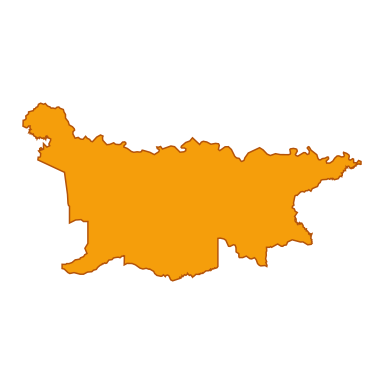 outline of Lago Agrio, Sucumbios, Ecuador
{"feature_id": "8360857B32687179357863", "entity_name": "Lago Agrio", "entity_type": "district", "adm_level": 2, "iso_a3": "ECU", "parent_name": "Ecuador", "parent_adm1": "Sucumbios", "projection": "mercator", "projection_center": [-76.699, 0.129], "detail": "fine", "context": "isolated", "style": "filled", "palette": "amber", "viewbox_px": 384, "rotation_deg": 0, "n_neighbors": 0, "source": "geoboundaries", "source_scale": "gbopen_adm2", "svg_char_len": 5992}
<svg xmlns="http://www.w3.org/2000/svg" viewBox="0 0 384 384"><path d="M62.1,268.5L64.3,269.1L68.0,272.6L69.8,273.5L74.0,272.6L80.1,274.2L83.5,274.2L87.5,272.1L91.8,271.7L93.5,270.2L96.3,269.4L97.7,267.4L100.1,265.3L102.0,264.5L102.4,263.6L103.4,263.8L104.7,262.9L105.8,263.4L106.8,263.0L108.8,260.1L112.0,259.6L113.5,258.0L115.7,257.5L118.2,257.2L120.1,257.7L122.0,256.1L124.0,256.2L123.9,255.8L124.4,255.9L124.2,264.9L127.0,263.4L132.1,263.5L135.4,264.8L140.0,268.1L142.9,269.0L146.2,268.3L149.2,269.3L149.7,269.0L153.7,271.4L154.7,273.5L156.9,275.4L161.0,276.3L162.0,276.1L163.4,274.8L165.3,276.6L165.9,275.5L167.6,275.0L169.0,276.0L170.7,279.8L172.7,280.8L179.7,278.5L179.7,277.9L180.3,278.0L180.1,277.5L181.0,277.8L181.3,276.9L182.2,276.7L182.1,275.8L183.0,276.5L184.5,274.7L185.9,275.3L187.4,274.1L187.5,273.4L189.3,275.4L190.7,274.9L192.3,276.9L192.4,276.4L193.3,276.7L196.0,274.3L199.2,274.4L199.3,273.9L199.9,274.2L200.4,273.4L201.8,273.5L202.7,272.8L203.0,273.2L205.9,270.9L208.9,270.7L209.5,270.0L210.2,270.4L210.5,269.2L211.1,269.7L211.1,269.2L211.9,269.4L212.7,268.7L213.8,268.9L214.7,267.9L215.4,268.3L217.0,267.7L217.9,266.5L217.9,238.4L220.1,238.1L223.8,238.9L225.8,240.2L228.5,246.2L230.0,246.4L233.5,244.7L235.2,245.3L236.0,247.7L236.1,251.9L238.8,253.7L238.9,256.9L239.4,257.6L242.7,257.6L246.3,256.1L249.9,258.7L251.7,258.9L254.5,257.7L256.2,259.7L257.6,263.6L259.3,265.3L260.8,265.9L265.1,265.5L266.8,266.5L267.0,265.3L265.8,262.4L266.7,261.8L265.6,258.9L266.3,255.3L266.1,252.3L266.7,251.0L266.5,247.3L269.7,247.3L270.6,246.6L271.6,247.3L277.6,244.0L281.2,246.2L282.8,246.3L283.8,245.4L286.4,244.9L287.6,242.0L292.2,239.8L300.4,242.0L303.0,241.9L307.8,244.8L311.2,244.3L312.2,243.1L311.5,242.2L312.0,241.2L311.4,240.6L311.8,239.6L310.8,238.6L311.1,236.5L310.5,235.9L311.0,235.6L310.6,235.0L311.6,234.7L311.9,233.7L311.0,234.1L309.3,233.2L309.2,234.1L308.7,234.0L308.7,232.6L307.2,230.8L306.3,230.8L306.4,228.9L305.0,229.2L304.4,227.7L303.1,226.9L303.1,225.5L301.7,223.2L300.7,223.9L300.2,223.1L299.3,224.0L299.2,222.8L297.5,224.3L297.1,222.5L296.3,222.4L295.5,221.6L296.1,221.2L296.1,218.9L295.7,218.5L295.1,219.1L295.4,217.5L294.6,216.5L297.3,212.5L295.2,211.3L294.3,208.9L292.2,207.8L292.5,206.2L293.9,205.2L293.5,203.0L294.9,196.0L296.1,195.2L297.1,195.4L300.6,191.9L302.5,191.5L304.5,192.0L305.6,190.8L307.7,190.6L308.8,189.7L310.9,191.2L312.3,188.6L317.5,186.4L318.8,183.5L320.2,182.5L321.0,180.3L322.3,179.7L326.8,179.4L328.0,178.6L329.9,179.3L330.4,178.5L331.6,178.5L332.2,179.4L332.9,178.4L334.3,179.7L338.2,178.7L339.8,176.3L341.7,176.6L341.5,175.7L342.2,175.4L342.3,173.9L341.5,173.1L342.8,172.7L343.8,171.3L343.6,170.5L345.5,170.6L345.2,168.6L346.0,168.5L346.1,167.1L346.4,167.6L346.8,167.0L347.3,167.4L347.1,166.6L348.7,166.2L350.3,168.4L351.2,167.9L351.6,168.4L352.2,167.7L352.7,168.1L353.2,167.2L353.6,167.7L353.9,167.3L353.9,167.9L354.3,166.3L355.9,165.9L355.6,165.1L356.5,164.9L356.7,163.5L357.5,164.3L359.1,163.8L360.1,164.4L361.0,164.2L361.0,161.5L358.6,160.5L356.7,162.9L353.7,162.6L353.5,159.1L352.7,158.7L350.6,160.0L349.3,159.9L348.7,158.9L349.3,156.3L348.9,155.0L346.7,153.4L343.6,152.3L343.4,153.0L344.3,155.3L343.8,156.6L341.6,157.0L338.9,155.9L337.1,156.0L334.7,158.2L332.9,161.0L330.9,162.4L329.7,163.1L326.7,163.1L326.2,161.1L328.6,158.8L328.4,157.2L327.3,157.0L325.1,158.2L322.3,158.6L320.6,159.8L319.1,159.8L318.0,158.5L316.8,154.7L311.1,150.2L309.2,147.0L308.3,146.7L307.2,148.0L309.4,150.9L309.0,153.8L307.3,154.5L305.3,152.7L303.7,152.6L297.7,156.2L295.9,155.4L295.4,154.5L297.3,151.1L296.7,149.3L295.9,148.9L293.4,148.4L290.4,148.9L289.9,149.5L290.5,153.3L290.2,154.1L288.7,154.7L280.3,154.6L275.5,153.7L270.3,155.5L267.1,154.1L263.1,149.9L259.6,147.7L248.3,153.0L244.9,157.8L244.0,160.4L241.8,161.5L241.0,161.1L239.2,158.4L236.5,157.9L234.8,156.4L231.4,149.5L228.4,146.7L225.1,146.8L219.8,150.6L218.4,149.5L219.3,145.3L218.5,143.8L215.6,143.4L210.9,144.2L206.8,142.0L203.3,141.3L201.4,142.1L199.6,144.5L192.5,137.8L189.8,141.0L185.7,142.5L181.4,146.2L181.1,147.4L181.7,148.0L184.5,148.0L185.9,148.9L185.7,150.7L183.9,151.8L180.0,152.2L174.6,146.7L170.9,146.0L162.4,149.0L160.6,146.5L158.5,147.2L156.8,147.0L157.3,148.6L159.1,149.5L159.3,150.2L158.7,151.8L154.3,154.6L149.9,152.3L142.6,150.2L142.0,150.3L141.6,151.5L140.0,152.1L137.1,151.8L133.8,152.3L131.4,151.5L127.4,148.5L123.8,147.0L124.0,145.8L125.9,143.9L125.6,142.5L124.6,141.9L122.6,142.1L120.7,144.2L119.1,144.6L115.6,144.3L113.7,142.8L109.7,144.4L106.8,144.7L102.8,140.3L102.5,137.8L103.0,136.1L100.5,135.0L96.7,137.1L92.5,141.7L91.0,141.3L89.6,139.4L87.3,138.3L85.6,136.3L83.0,139.3L80.5,139.1L78.2,137.4L75.1,138.2L72.9,134.0L73.0,131.7L74.6,130.1L74.2,128.7L72.5,126.8L69.2,124.9L68.2,121.6L65.5,118.1L65.5,114.5L64.0,112.0L63.3,109.5L59.9,108.2L58.8,107.0L57.0,107.2L55.3,108.6L52.9,108.0L51.2,108.2L50.1,107.0L47.5,106.0L45.3,103.5L43.7,104.3L40.6,103.2L38.5,104.3L37.7,106.7L36.2,107.3L35.2,108.7L33.9,108.9L33.4,110.6L28.6,111.9L28.5,113.8L25.8,116.0L26.1,118.7L24.6,120.1L23.2,120.3L23.0,126.2L26.3,127.8L27.5,127.5L28.6,126.0L30.2,126.0L29.9,127.5L30.5,128.7L29.7,129.4L30.7,129.6L29.7,130.4L29.0,130.3L29.6,130.7L28.8,132.7L30.0,132.4L30.2,133.8L31.6,133.4L32.2,134.5L33.3,134.1L33.8,135.8L35.9,136.9L36.1,137.7L35.5,138.3L36.8,137.9L37.0,138.7L37.3,137.9L37.8,138.3L38.9,137.5L39.4,138.3L40.1,137.2L42.1,138.4L43.9,137.9L44.0,139.0L45.2,138.3L45.7,139.3L45.9,138.1L46.9,137.8L45.9,137.4L45.8,136.4L46.7,136.0L46.6,136.7L47.8,136.9L48.0,137.8L50.7,138.9L50.6,140.5L48.9,144.0L49.7,145.7L46.9,147.1L43.5,143.6L43.5,149.1L42.2,149.0L41.0,147.7L39.7,148.6L39.7,149.4L41.2,150.0L38.6,150.9L40.7,153.5L40.4,156.6L39.8,157.2L38.2,157.2L37.9,159.9L64.5,172.3L67.5,194.3L68.0,203.3L68.5,205.4L69.5,206.3L69.5,223.0L75.6,220.0L81.1,219.6L83.5,221.5L87.9,221.5L87.9,243.4L84.9,248.3L87.0,253.5L84.8,254.7L83.6,256.6L80.4,257.9L79.8,259.1L75.2,259.9L72.1,262.5L69.1,263.6L66.6,263.6L65.7,264.4L62.1,264.3L62.1,268.5Z" fill="#f59e0b" stroke="#b45309" stroke-width="1.5"/></svg>